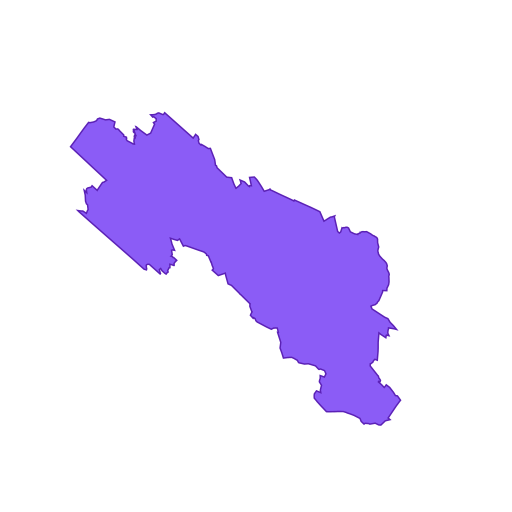 outline of Lībagu pag., Talsi, Latvia, rotated 48°
{"feature_id": "27541924B65314964158479", "entity_name": "Lībagu pag.", "entity_type": "district", "adm_level": 2, "iso_a3": "LVA", "parent_name": "Latvia", "parent_adm1": "Talsi", "projection": "equal_earth", "projection_center": [22.565, 57.178], "detail": "fine", "context": "isolated", "style": "filled", "palette": "violet", "viewbox_px": 512, "rotation_deg": 48, "n_neighbors": 0, "source": "geoboundaries", "source_scale": "gbopen_adm2", "svg_char_len": 5839}
<svg xmlns="http://www.w3.org/2000/svg" viewBox="0 0 512 512"><g transform="rotate(48 256 256)"><path d="M322.7,154.0L320.8,154.7L320.5,154.6L319.4,155.2L318.6,155.5L316.2,156.0L311.9,157.5L310.9,158.8L310.7,159.1L310.1,159.6L308.9,160.9L308.4,162.5L308.1,162.8L308.6,163.3L307.7,165.5L308.1,166.0L305.4,168.0L301.2,169.7L297.1,168.5L295.7,169.0L294.8,169.9L294.6,170.4L294.2,171.3L293.6,171.8L293.0,173.1L292.6,173.2L294.7,176.8L294.8,177.3L294.7,178.7L292.4,178.9L279.3,171.6L278.9,170.7L277.7,173.5L276.9,174.7L275.6,182.2L265.8,178.9L257.8,182.2L240.1,190.0L240.5,191.0L237.9,192.0L225.7,197.2L219.6,199.7L216.8,200.9L216.7,201.0L215.6,200.8L215.6,201.6L215.4,202.1L213.4,206.6L208.0,205.5L201.7,204.5L199.7,204.3L196.2,204.4L193.3,208.2L200.7,212.4L199.5,213.6L199.5,214.0L199.9,214.4L198.7,214.8L193.7,214.9L193.2,215.0L188.9,217.0L190.5,217.7L191.2,218.1L192.2,218.6L192.5,222.1L192.3,225.6L192.2,225.6L187.6,224.2L181.5,221.7L180.2,222.9L177.8,225.0L164.4,225.9L162.5,225.0L161.5,225.4L156.7,222.2L145.5,217.9L144.2,219.6L140.5,220.6L136.6,221.9L136.7,222.6L134.1,222.9L131.7,221.7L131.3,220.5L128.4,219.1L125.2,219.5L125.6,220.8L126.3,223.8L88.4,228.0L88.9,229.7L88.9,230.0L88.7,230.4L88.2,230.8L84.8,232.4L84.4,232.8L83.9,233.8L83.8,235.0L83.2,236.4L82.6,237.3L81.6,238.6L80.6,239.8L83.7,239.8L84.0,238.9L87.1,238.3L89.0,239.9L88.2,242.9L90.2,243.2L94.2,252.1L93.1,256.2L85.8,257.7L79.8,258.6L79.6,258.7L82.4,259.7L82.1,260.1L80.1,262.0L80.5,262.2L80.6,262.3L80.6,262.5L80.2,262.7L80.2,262.8L80.5,262.8L81.1,262.6L81.4,262.6L81.6,262.7L81.9,262.9L81.9,263.3L81.3,263.4L81.2,263.5L81.3,263.7L81.7,264.0L82.6,264.1L82.9,263.9L83.0,263.6L83.7,263.7L83.9,264.0L85.5,264.5L85.2,264.7L85.2,264.8L85.6,264.9L85.5,265.0L85.2,265.2L85.3,265.3L85.7,265.3L85.5,265.5L85.8,265.6L85.8,265.8L85.5,265.9L85.5,266.1L85.9,265.9L86.0,266.2L86.6,266.3L86.9,266.3L87.1,266.4L87.1,266.5L87.2,266.8L87.1,267.0L87.4,267.2L86.9,267.5L88.8,269.8L91.5,271.5L90.4,272.4L89.8,272.5L84.2,274.6L82.8,274.4L82.2,274.1L82.1,273.5L81.0,272.8L78.5,274.2L77.5,273.3L71.4,273.6L70.2,273.5L69.8,273.6L69.1,273.7L67.9,275.2L64.9,275.3L62.0,271.1L56.4,273.5L54.1,276.8L51.8,278.1L49.0,279.8L48.1,282.1L48.6,283.5L48.6,284.5L48.2,285.7L47.7,287.1L45.8,290.2L44.7,291.0L45.9,297.6L47.2,303.8L48.5,309.7L50.7,320.7L99.8,316.4L99.3,319.7L98.7,320.7L98.7,321.2L100.7,329.3L101.0,330.1L94.1,330.8L94.5,332.5L92.9,335.4L92.7,336.7L93.3,337.8L95.7,339.4L92.2,339.7L96.4,342.1L101.2,346.0L103.8,347.1L105.2,346.9L108.9,349.5L109.1,349.6L109.2,349.8L109.4,350.7L110.8,353.5L106.7,354.6L106.2,355.2L104.5,356.8L104.1,357.1L103.0,358.0L105.0,357.9L123.5,355.8L174.9,349.7L190.9,348.0L193.0,346.7L192.4,345.8L191.0,345.0L190.0,344.2L189.4,343.7L189.3,343.1L189.6,342.2L190.4,341.2L190.7,340.9L191.3,340.8L205.2,339.3L205.1,338.7L204.9,338.7L201.4,336.9L201.5,335.2L204.1,335.7L207.8,335.3L209.3,334.9L209.0,333.7L209.1,332.0L207.7,331.4L207.2,329.9L206.6,328.8L207.1,327.8L204.5,325.5L205.7,324.7L208.2,323.3L208.2,323.1L206.7,321.9L206.2,319.6L206.3,319.6L206.2,317.8L202.0,318.2L201.7,318.6L200.5,318.6L199.3,319.2L199.4,318.4L198.9,317.8L198.9,317.3L195.2,314.9L195.7,313.9L197.3,312.7L190.8,310.4L189.0,309.4L185.5,307.7L188.4,306.1L191.9,303.9L192.1,301.4L192.5,301.4L200.1,303.4L200.3,302.7L201.2,301.3L213.9,294.4L215.8,293.3L218.2,292.0L218.7,292.0L219.1,291.8L221.5,291.5L221.3,291.6L222.0,291.8L222.5,292.2L223.6,291.4L224.0,291.3L229.7,293.3L230.5,293.6L230.6,293.4L233.9,295.0L235.0,295.3L237.0,296.2L237.2,297.2L237.2,298.0L245.3,297.1L248.2,290.3L250.2,291.5L258.0,295.4L259.2,294.9L261.4,293.9L272.4,293.3L273.7,293.4L274.4,293.2L287.7,292.4L287.8,292.8L289.4,294.3L294.4,296.3L294.9,296.3L295.4,297.8L296.3,299.8L300.4,299.8L300.2,299.1L301.8,298.6L304.1,299.4L305.8,299.3L315.9,295.6L320.7,293.6L321.3,291.3L322.5,289.7L323.8,288.4L327.6,290.4L327.1,291.0L336.8,295.4L340.5,299.7L345.2,301.6L350.2,303.9L352.8,300.2L353.3,299.7L353.5,299.2L354.0,298.8L354.7,297.9L354.8,297.7L355.4,297.2L357.7,296.2L358.1,296.1L359.1,295.8L359.4,295.6L360.0,295.5L361.1,295.1L361.8,295.2L363.3,295.6L363.9,295.6L364.3,295.4L364.7,295.1L368.7,292.3L371.1,289.2L376.1,286.1L377.5,285.3L382.1,285.2L382.5,285.0L383.1,283.7L386.7,281.9L387.2,281.8L390.4,282.9L391.7,286.2L387.8,288.3L389.9,290.1L390.9,291.9L391.9,293.1L395.9,293.8L398.8,298.0L400.9,299.3L396.7,301.3L397.5,304.9L398.7,306.2L400.6,307.8L404.1,307.9L404.9,308.0L410.8,308.0L418.8,307.8L420.1,306.5L425.4,300.4L425.9,299.7L426.6,298.9L430.0,295.2L432.5,293.7L433.7,293.2L436.5,291.6L440.0,289.8L446.3,287.4L449.3,288.5L453.2,288.2L453.3,286.9L455.9,284.4L457.1,283.9L460.0,279.3L463.7,277.8L465.2,276.3L465.0,270.2L467.3,265.9L464.8,266.2L461.3,252.3L460.2,246.9L459.9,245.1L454.6,244.5L453.0,245.8L449.4,245.1L443.1,244.6L438.9,245.4L439.3,247.1L439.5,248.7L435.6,248.8L431.5,249.3L431.2,248.8L432.4,247.9L432.1,247.3L431.7,246.7L430.2,246.4L428.7,246.3L427.1,245.4L426.2,245.5L414.1,244.7L412.6,243.2L412.9,242.7L413.1,240.2L412.6,239.2L412.4,238.2L412.3,236.8L414.6,235.6L408.6,229.2L406.1,226.8L401.8,222.9L395.4,216.1L397.8,215.7L403.6,214.2L402.1,212.3L402.3,211.7L403.1,211.3L404.2,210.5L401.8,209.8L401.1,209.3L399.5,207.5L398.8,206.3L398.1,205.6L402.9,201.8L404.6,200.7L400.0,200.5L395.0,200.7L390.8,199.9L387.7,201.3L373.0,205.2L370.2,204.2L370.7,202.4L371.9,200.0L372.0,197.4L371.5,196.4L371.4,194.6L369.9,191.3L367.5,186.1L366.4,185.0L369.3,182.0L367.6,180.3L366.1,176.7L364.3,174.5L360.9,171.6L360.3,171.3L358.7,169.2L357.2,168.5L354.3,167.7L353.2,167.3L352.4,166.7L351.2,165.1L350.5,164.7L348.9,164.0L347.5,163.8L345.1,163.8L342.9,164.1L342.1,164.1L339.0,164.1L337.4,163.8L336.6,163.7L335.7,163.1L334.6,162.6L333.6,162.0L332.3,160.2L331.7,159.2L331.4,158.8L331.1,158.6L327.6,156.8L325.6,155.1L325.2,154.7L324.6,154.3L323.8,154.0L322.7,154.0Z" fill="#8b5cf6" stroke="#5b21b6" stroke-width="1.5"/></g></svg>